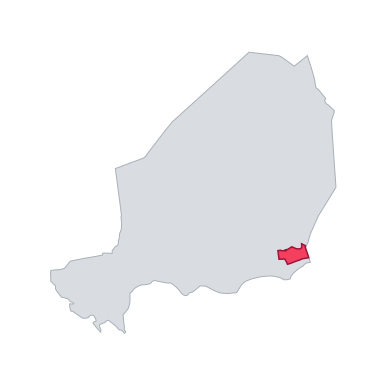 N'Guigmi, Diffa, Niger shown in context, rotated 352°
{"feature_id": "23599985B27242520162456", "entity_name": "N'Guigmi", "entity_type": "district", "adm_level": 2, "iso_a3": "NER", "parent_name": "Niger", "parent_adm1": "Diffa", "projection": "robinson", "projection_center": [12.657, 14.178], "detail": "fine", "context": "in_parent", "style": "filled", "palette": "rose", "viewbox_px": 384, "rotation_deg": 352, "n_neighbors": 0, "source": "geoboundaries", "source_scale": "gbopen_adm2", "svg_char_len": 3731}
<svg xmlns="http://www.w3.org/2000/svg" viewBox="0 0 384 384"><g transform="rotate(352 192 192)"><path d="M299.4,278.1L295.9,278.2L293.9,278.9L291.4,281.0L288.6,281.9L285.2,283.8L283.0,285.3L281.0,286.5L278.2,289.4L277.3,291.6L274.5,292.1L270.6,291.7L268.1,289.5L262.4,287.1L258.7,286.2L256.9,285.9L248.2,285.5L238.8,286.4L234.1,287.5L233.2,287.7L230.5,289.1L228.2,290.7L222.2,297.9L214.1,297.6L209.4,296.8L205.4,295.7L199.7,292.4L192.8,287.3L190.1,286.6L187.7,286.2L186.9,286.2L178.5,291.3L176.9,291.2L174.9,291.8L173.6,293.0L172.7,293.7L171.7,293.8L170.4,293.5L169.1,292.7L167.8,291.3L164.4,285.7L163.7,284.7L162.2,283.0L159.8,280.4L158.1,279.2L157.1,278.8L155.9,279.0L149.2,276.8L142.5,274.4L141.1,274.7L140.0,275.2L137.7,277.0L134.9,277.3L131.5,277.2L129.6,276.9L126.5,277.5L124.5,278.2L121.8,279.4L118.3,282.6L117.3,283.1L116.5,283.6L115.2,292.5L114.3,295.1L112.5,298.7L109.0,302.0L106.6,304.1L106.5,306.8L106.3,311.3L106.2,314.4L106.4,316.4L106.0,317.4L105.8,318.3L105.9,319.6L106.5,320.2L106.8,321.0L106.6,321.7L105.5,322.5L104.2,320.5L102.7,319.0L100.9,318.4L99.8,317.4L99.2,315.9L96.9,313.2L91.7,307.6L91.2,307.5L90.3,307.3L88.8,308.0L87.9,308.9L87.2,309.2L86.3,309.3L83.8,310.0L81.8,310.9L81.7,311.6L82.6,315.8L82.1,318.0L81.3,317.0L78.4,312.8L76.5,309.6L76.1,308.9L75.8,307.9L76.0,307.4L76.8,307.1L78.7,306.7L79.0,306.3L79.1,305.5L78.8,303.9L77.9,301.7L76.8,300.3L76.2,300.0L75.1,300.0L73.9,300.2L71.7,301.9L70.7,302.2L68.4,302.1L66.3,301.7L65.1,300.8L61.4,297.4L57.4,293.7L55.7,293.1L55.3,292.8L55.0,289.9L55.1,286.5L55.4,285.6L57.1,286.2L58.9,286.4L59.5,285.8L58.0,284.6L56.0,283.4L55.2,281.5L54.6,280.9L53.7,280.2L52.6,279.9L51.5,279.3L50.8,278.8L49.6,278.6L48.3,278.2L46.5,275.2L44.7,272.2L43.7,269.9L43.3,268.6L43.9,266.2L43.3,265.3L41.4,262.9L39.7,260.6L40.2,257.2L40.5,254.3L40.6,252.5L40.9,251.5L41.1,250.3L42.2,250.0L45.0,250.0L50.5,250.5L55.0,249.9L58.4,246.8L61.9,243.5L67.1,243.2L72.7,242.9L77.1,242.7L83.5,242.5L88.7,242.3L94.7,242.0L94.9,240.5L95.3,240.2L95.9,240.1L100.3,240.9L104.4,241.7L104.8,238.9L108.5,235.4L110.5,234.7L111.1,234.1L111.7,232.9L112.2,231.0L112.3,229.8L113.1,228.7L113.7,226.7L114.5,223.2L116.6,219.6L117.8,214.6L118.1,209.9L118.3,206.2L118.9,205.5L119.0,199.0L119.1,192.5L119.1,187.1L119.2,180.2L119.2,174.3L119.3,167.8L119.3,162.0L119.4,158.1L123.5,157.2L127.9,156.2L134.2,154.8L141.1,153.3L148.6,151.7L150.3,150.7L156.0,145.1L158.5,142.6L163.6,137.6L167.6,133.7L172.6,128.8L177.8,123.9L182.1,119.9L188.7,115.4L198.6,108.7L208.5,102.0L218.5,95.2L228.4,88.5L238.3,81.7L248.2,75.0L258.0,68.3L267.9,61.5L277.8,64.1L287.2,66.5L296.7,69.0L298.9,70.3L304.0,75.1L310.4,81.3L310.7,81.4L311.0,81.4L317.2,77.8L325.2,73.0L327.4,85.8L329.0,96.8L329.1,103.7L329.2,105.6L329.9,106.8L331.4,108.0L337.4,118.1L336.1,119.9L337.0,123.0L338.6,124.3L343.6,130.4L344.3,131.5L344.0,132.5L340.6,139.6L340.0,141.3L339.3,150.3L338.8,156.7L338.2,165.4L337.4,175.9L336.8,184.7L336.0,196.4L335.2,207.4L330.2,213.5L321.3,224.2L314.0,233.0L310.3,238.8L303.2,250.3L300.0,257.7L297.6,261.6L296.3,263.2L297.4,268.7L299.4,278.1Z" fill="#d9dde1" stroke="#a8b0b8" stroke-width="1"/><path d="M276.5,276.9L279.1,276.5L283.3,275.5L286.5,274.8L289.0,274.4L290.2,274.0L292.3,273.5L298.5,273.3L297.9,269.9L296.9,264.7L296.4,262.0L296.8,260.9L293.3,258.5L293.2,260.0L292.8,262.1L292.8,262.4L291.3,263.4L287.7,262.8L284.9,261.2L283.5,260.2L283.2,260.6L282.1,260.5L280.7,261.3L279.2,262.0L277.6,262.2L276.1,262.3L275.9,262.8L277.2,262.8L277.2,263.2L276.7,263.4L276.0,263.3L275.6,262.9L273.8,262.8L272.8,262.7L271.3,261.9L269.9,262.0L268.9,262.0L268.8,270.7L270.1,270.9L271.5,270.9L272.2,271.1L274.2,271.1L274.6,271.4L274.6,271.7L275.5,273.6L276.0,275.0L276.5,276.9Z" fill="#f43f5e" stroke="#9f1239" stroke-width="1.5"/></g></svg>